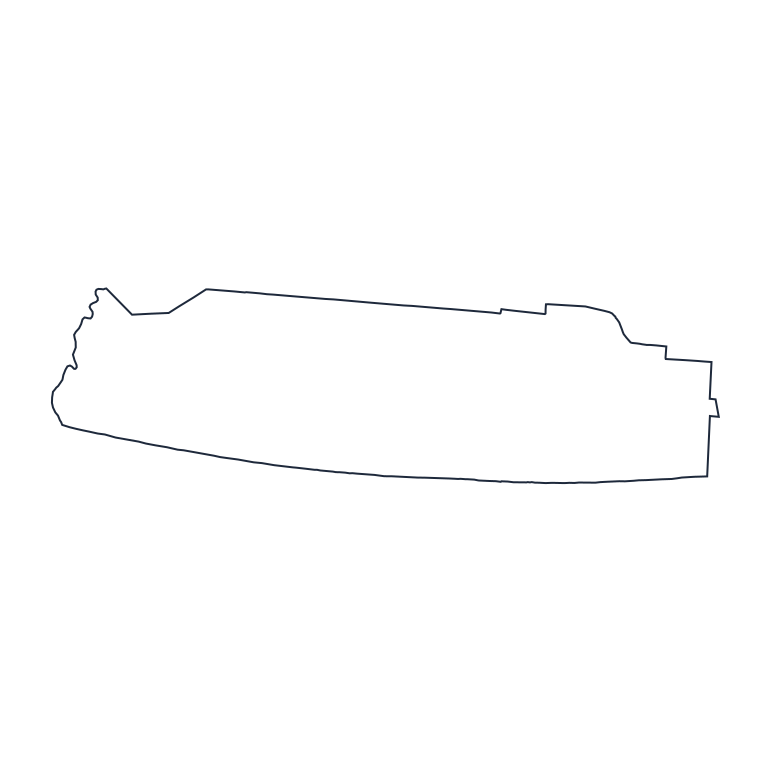 Sipacate, Escuintla, Guatemala, rotated 357°
{"feature_id": "79465075B96502800486536", "entity_name": "Sipacate", "entity_type": "district", "adm_level": 2, "iso_a3": "GTM", "parent_name": "Guatemala", "parent_adm1": "Escuintla", "projection": "robinson", "projection_center": [-91.165, 13.962], "detail": "fine", "context": "isolated", "style": "outline", "palette": "slate", "viewbox_px": 768, "rotation_deg": 357, "n_neighbors": 0, "source": "geoboundaries", "source_scale": "gbopen_adm2", "svg_char_len": 2701}
<svg xmlns="http://www.w3.org/2000/svg" viewBox="0 0 768 768"><g transform="rotate(357 384 384)"><path d="M648.1,358.7L647.8,358.6L643.7,357.8L641.9,357.3L638.7,356.7L634.1,356.0L633.1,355.7L632.4,355.4L628.5,350.4L626.0,346.8L625.2,344.6L624.5,342.1L622.1,334.8L619.9,331.3L618.8,330.0L618.5,328.7L617.8,328.2L615.5,325.5L612.9,324.1L607.9,322.5L597.7,319.6L589.2,317.1L552.1,312.9L549.9,312.9L549.3,317.9L549.0,322.1L548.3,322.6L518.1,317.7L509.8,316.3L505.2,315.4L504.0,319.4L503.5,319.7L494.8,318.2L454.3,312.6L446.9,311.7L416.3,307.5L407.8,306.6L373.6,301.9L338.2,296.9L329.9,296.0L293.2,291.0L277.9,288.9L271.8,288.2L264.9,287.0L251.3,285.1L249.8,285.3L239.8,283.8L214.1,280.4L211.3,280.2L198.4,287.6L183.3,295.8L172.7,301.8L154.7,301.6L136.0,301.6L111.7,274.1L110.2,274.3L108.7,274.8L106.5,274.4L103.7,274.1L101.8,274.8L100.8,276.6L100.8,279.6L102.6,282.7L102.6,283.7L102.6,285.3L100.9,286.9L97.6,288.0L96.0,288.9L95.2,289.3L94.0,291.6L94.7,293.4L96.7,296.6L96.8,298.9L96.0,301.5L95.8,301.7L94.4,303.2L91.7,302.8L89.8,302.2L88.4,301.9L86.3,303.7L84.7,308.3L82.4,312.4L78.9,315.9L77.1,318.7L77.5,321.9L78.3,325.8L78.2,327.8L78.1,331.4L76.5,334.9L74.9,338.4L76.2,344.1L78.0,349.1L78.0,351.2L77.1,352.3L76.7,352.7L75.4,352.7L74.0,351.2L73.4,350.4L71.4,349.1L68.8,349.8L66.7,353.0L64.3,358.2L63.3,362.2L63.0,363.1L58.5,369.0L56.5,370.5L55.3,372.0L53.0,374.5L52.6,376.7L51.9,379.9L51.4,385.4L52.2,390.1L54.3,395.2L56.8,398.5L58.5,403.4L59.6,405.2L59.9,406.2L60.5,408.0L67.8,410.7L74.0,412.6L80.8,414.5L87.3,416.2L95.6,418.5L102.6,419.8L113.1,423.4L136.0,428.7L143.1,431.0L152.6,433.3L164.0,435.8L174.5,438.8L180.4,439.7L191.6,442.3L210.4,446.7L216.5,448.4L222.7,449.6L234.4,451.8L249.8,455.4L257.9,456.6L270.0,459.3L288.7,462.5L291.6,462.9L301.3,464.5L309.9,466.0L312.7,466.2L315.8,467.0L328.3,468.8L331.3,469.5L335.3,469.8L340.7,470.5L345.1,471.4L347.8,471.4L352.3,472.1L369.8,474.3L379.4,476.1L387.4,476.6L412.6,479.2L420.0,479.7L444.4,481.8L449.4,482.3L453.0,482.7L455.6,482.7L460.1,483.3L461.9,483.4L469.1,484.2L473.4,485.3L484.4,486.4L490.6,486.9L495.5,487.8L496.1,487.3L502.5,487.9L508.2,488.9L513.1,489.2L521.1,489.7L522.4,489.5L524.6,489.9L526.4,489.7L529.5,490.4L533.7,490.7L540.1,491.4L546.8,491.5L558.9,492.4L564.2,492.4L569.0,492.8L573.6,492.6L581.6,493.1L590.1,493.6L595.0,493.3L601.9,493.3L613.8,493.4L619.6,493.8L628.3,493.7L633.3,493.5L640.8,493.7L656.1,493.7L666.5,493.9L671.7,493.5L676.5,493.0L689.1,492.9L693.2,493.0L701.9,493.2L707.4,437.0L707.8,433.0L708.9,433.2L716.6,434.3L714.3,416.7L708.5,415.8L712.2,379.2L704.9,378.3L698.3,377.4L685.7,375.9L666.7,373.8L666.5,372.7L667.9,361.3L657.8,359.7L651.7,358.9L648.1,358.7Z" fill="none" stroke="#1e293b" stroke-width="2"/></g></svg>